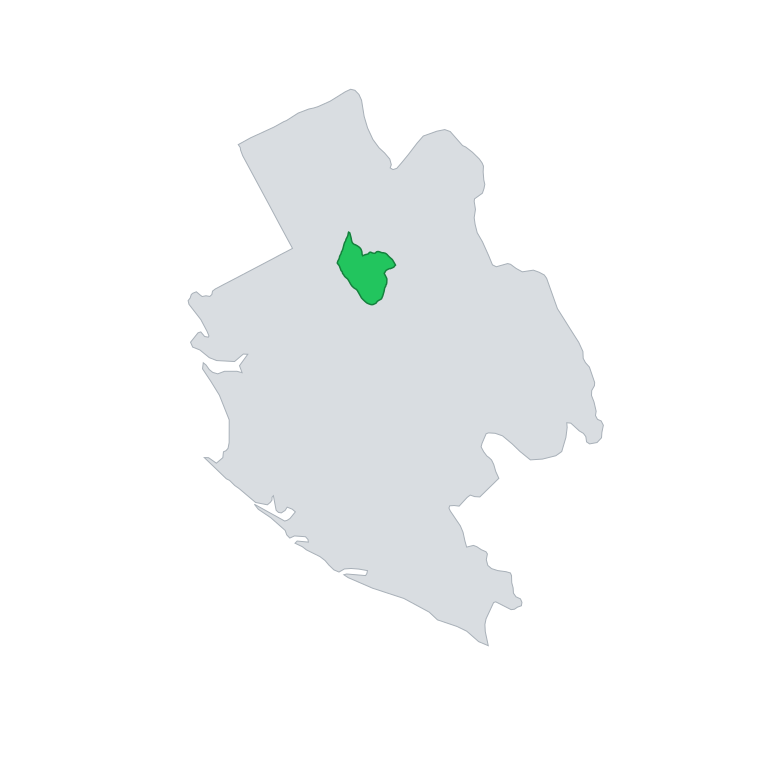 Mvoung, Ogooué-Ivindo, Gabon shown in context, rotated 332°
{"feature_id": "22940354B15845982668686", "entity_name": "Mvoung", "entity_type": "district", "adm_level": 2, "iso_a3": "GAB", "parent_name": "Gabon", "parent_adm1": "Ogooué-Ivindo", "projection": "equal_earth", "projection_center": [12.149, 0.446], "detail": "fine", "context": "in_parent", "style": "filled", "palette": "green", "viewbox_px": 768, "rotation_deg": 332, "n_neighbors": 0, "source": "geoboundaries", "source_scale": "gbopen_adm2", "svg_char_len": 5333}
<svg xmlns="http://www.w3.org/2000/svg" viewBox="0 0 768 768"><g transform="rotate(332 384 384)"><path d="M497.8,116.6L497.4,122.9L492.1,138.4L489.7,150.2L489.0,162.9L490.5,173.1L493.0,180.3L494.7,188.2L493.4,193.8L490.9,196.1L492.6,198.9L496.5,199.6L503.0,197.1L513.1,192.9L526.4,186.8L535.1,183.5L549.4,185.6L557.1,187.9L561.0,192.2L565.3,210.4L567.4,213.1L570.9,220.9L573.8,230.1L574.4,234.9L574.1,238.3L571.1,243.3L567.9,250.7L566.7,255.1L564.0,258.4L560.5,261.7L550.9,263.0L549.4,265.0L546.7,272.8L541.7,279.5L539.4,285.8L537.3,294.2L537.7,304.6L536.7,319.5L535.7,329.7L538.2,333.2L549.7,335.7L551.9,337.7L554.9,344.0L558.8,349.9L569.3,353.6L573.4,358.1L576.7,363.0L577.2,367.1L574.8,383.3L572.5,398.9L573.4,410.8L574.2,422.1L575.5,438.7L574.9,448.7L571.9,454.9L571.9,459.7L573.3,465.5L570.7,481.6L569.0,484.3L564.3,487.3L561.8,491.6L561.0,498.4L558.5,507.7L555.9,511.1L555.9,515.4L558.4,518.6L558.3,523.4L553.6,529.1L550.8,533.6L544.6,535.7L537.4,533.4L535.7,530.2L537.5,525.2L536.9,521.2L534.4,517.1L530.6,506.3L527.2,504.0L525.3,508.4L519.5,516.6L509.2,527.1L502.0,528.0L488.7,524.7L477.6,519.7L472.4,507.4L469.1,497.2L464.3,485.4L459.0,479.7L453.3,476.2L450.8,475.9L442.6,482.5L440.2,485.1L440.2,490.6L441.0,495.8L442.2,498.3L443.3,501.6L443.1,506.7L441.6,513.6L441.1,521.2L415.6,528.7L411.2,526.0L408.0,522.6L404.1,523.2L393.0,527.1L389.0,524.3L384.9,522.4L383.1,524.0L382.9,527.3L384.8,545.1L384.2,551.9L381.7,560.8L380.4,566.8L387.2,568.5L389.6,571.3L392.0,575.8L395.3,580.0L395.5,582.6L391.8,587.2L390.5,593.0L392.3,597.5L396.9,602.2L403.6,607.0L406.9,610.2L406.6,613.1L403.5,619.4L402.3,624.6L400.1,629.4L400.6,633.8L403.6,637.8L403.3,641.5L401.2,644.3L397.0,643.7L393.5,644.1L390.3,642.9L380.4,628.8L378.2,628.4L363.8,639.3L360.2,643.7L357.2,650.1L353.2,664.0L346.6,655.9L341.0,641.1L334.4,632.1L320.5,617.4L316.8,606.6L300.9,582.7L278.0,558.9L261.5,538.2L259.0,533.6L261.8,534.2L277.8,544.5L279.9,543.3L281.8,541.0L274.9,535.6L268.3,531.4L262.2,528.7L256.0,528.9L252.5,524.6L250.3,517.9L249.1,512.2L246.4,506.3L237.6,494.0L235.5,489.3L230.7,482.8L233.6,481.9L243.0,488.1L243.9,485.6L243.0,482.0L233.6,476.1L228.5,475.8L227.3,471.6L228.0,466.9L221.3,449.0L214.2,435.6L213.1,429.3L232.0,458.4L234.6,458.9L237.9,458.6L245.7,455.3L244.2,451.4L240.7,447.3L237.3,449.2L232.8,449.6L230.5,447.8L229.5,444.8L233.9,430.7L232.0,431.4L230.6,433.9L228.1,435.1L224.3,435.9L215.0,428.3L206.8,407.9L204.6,403.7L202.4,396.6L200.3,393.7L190.8,364.6L194.5,366.7L198.8,375.2L207.1,373.4L210.4,368.5L213.2,368.7L216.1,367.6L219.8,363.0L230.5,343.0L233.4,316.6L232.4,300.9L230.9,285.4L234.4,280.4L235.8,283.7L236.5,289.2L238.2,293.3L242.0,297.0L249.1,297.9L260.1,303.7L264.0,307.4L265.0,300.0L277.7,293.8L273.8,291.5L262.6,294.0L247.2,284.7L242.1,278.7L237.4,267.5L232.4,261.6L232.8,256.3L243.8,251.5L246.7,252.0L247.9,257.8L250.9,260.2L252.0,259.4L252.5,254.5L252.5,241.1L249.2,222.1L250.2,218.4L253.2,217.1L255.9,214.5L257.8,214.1L261.6,214.5L263.4,219.0L264.5,221.4L268.2,222.5L271.3,224.9L274.0,224.2L276.2,221.5L279.5,220.9L289.5,220.9L298.7,221.0L316.8,221.1L335.0,221.2L353.2,221.2L366.9,221.3L366.8,210.4L366.7,193.6L366.7,173.7L366.6,154.6L366.5,137.0L366.4,116.1L367.2,110.1L368.1,107.7L367.7,104.2L381.8,104.0L407.3,105.5L418.4,105.3L421.6,105.6L435.4,104.5L446.7,105.9L451.5,107.3L455.8,108.1L469.3,109.0L486.9,107.8L492.9,108.1L496.2,111.0L497.8,116.6Z" fill="#d9dde1" stroke="#a8b0b8" stroke-width="1"/><path d="M424.0,233.3L423.3,234.0L422.4,235.2L421.6,236.1L420.3,237.1L418.5,238.3L417.1,239.8L416.1,240.3L415.4,240.8L413.9,242.3L411.1,245.4L409.5,246.8L408.4,247.4L407.6,248.4L406.9,249.0L405.8,249.7L404.7,250.5L403.7,251.8L402.5,252.8L401.2,253.6L400.0,254.7L399.5,255.3L399.6,255.8L399.7,257.0L399.9,257.7L400.0,258.6L399.9,259.7L399.7,260.8L399.7,261.9L399.4,262.7L399.4,263.4L399.4,264.1L399.7,264.7L399.8,265.4L399.6,266.0L399.4,266.6L399.4,267.4L399.6,268.0L399.7,268.7L399.7,270.0L399.8,270.3L399.9,271.0L400.2,271.7L400.6,272.8L401.2,274.1L401.3,275.7L401.4,277.5L401.4,278.7L401.4,279.6L401.5,280.8L401.6,282.1L402.0,283.4L402.4,284.7L403.2,286.2L403.9,287.3L404.3,288.7L404.5,295.1L404.5,297.3L405.0,299.2L405.8,301.6L406.3,303.0L407.0,304.6L408.2,306.1L409.5,307.5L410.4,308.2L411.6,308.7L413.1,308.8L414.8,308.9L415.9,308.4L416.8,307.9L418.6,307.7L420.6,307.7L421.8,307.6L422.8,306.8L424.2,305.7L427.5,302.3L429.8,299.4L430.7,298.9L431.7,298.2L432.3,297.3L433.0,297.1L433.9,296.0L435.7,292.9L436.0,292.0L436.1,288.8L436.1,287.0L436.2,286.3L437.3,285.8L437.8,285.4L439.1,284.7L440.1,284.6L442.2,284.6L443.1,284.7L443.6,285.1L445.1,285.3L446.8,285.4L447.9,285.3L449.0,284.7L450.0,284.4L449.9,280.5L449.8,278.4L449.6,277.5L449.0,276.0L448.4,274.4L447.8,272.4L447.6,271.3L447.1,270.1L446.4,269.0L445.8,268.5L445.0,267.8L444.1,267.3L443.2,266.5L442.5,265.6L441.5,264.6L440.4,264.0L439.5,263.8L438.7,264.0L438.1,264.3L437.1,264.2L436.1,263.6L435.2,262.8L434.6,261.9L433.9,261.2L433.0,261.0L432.5,261.1L431.6,261.6L431.1,261.7L429.5,261.4L428.7,261.1L427.3,260.9L425.4,260.8L425.5,259.3L426.0,258.1L426.5,257.0L426.7,256.1L426.9,254.8L426.9,253.3L426.4,251.6L425.7,250.2L424.9,248.8L423.9,247.4L423.2,246.7L422.7,245.6L422.4,244.5L422.5,243.1L422.9,241.5L423.4,240.1L423.7,238.9L424.1,237.2L424.4,236.1L424.6,235.0L424.7,234.2L424.3,233.7L424.0,233.3Z" fill="#22c55e" stroke="#15803d" stroke-width="1.5"/></g></svg>